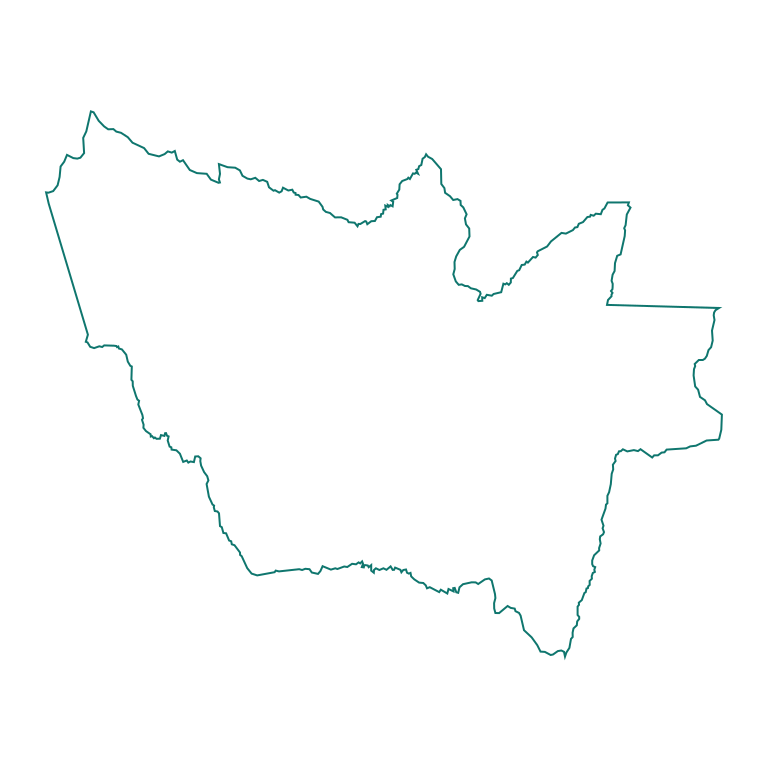 Chinchipe, Zamora Chinchipe, Ecuador
{"feature_id": "8360857B7366793693817", "entity_name": "Chinchipe", "entity_type": "district", "adm_level": 2, "iso_a3": "ECU", "parent_name": "Ecuador", "parent_adm1": "Zamora Chinchipe", "projection": "equal_earth", "projection_center": [-79.177, -4.854], "detail": "fine", "context": "isolated", "style": "outline", "palette": "teal", "viewbox_px": 768, "rotation_deg": 0, "n_neighbors": 0, "source": "geoboundaries", "source_scale": "gbopen_adm2", "svg_char_len": 6091}
<svg xmlns="http://www.w3.org/2000/svg" viewBox="0 0 768 768"><path d="M719.0,308.0L607.0,304.9L608.0,300.0L611.5,296.3L611.5,294.6L612.5,292.9L611.0,291.0L612.4,289.3L612.6,287.4L612.7,283.8L611.6,280.8L612.6,274.7L614.6,271.0L615.0,263.1L617.2,255.8L620.6,254.4L624.7,236.1L625.1,230.4L624.2,228.2L625.6,225.2L626.8,214.5L630.5,207.6L627.9,205.3L628.9,202.4L607.6,202.5L604.4,208.5L602.5,209.8L600.8,214.2L595.8,213.7L593.7,215.7L590.7,214.9L590.0,216.7L587.4,217.0L583.0,222.1L578.8,223.8L577.4,227.1L575.0,227.5L572.9,230.1L565.9,233.6L561.5,232.9L551.0,241.4L547.1,246.5L537.7,251.3L537.0,252.4L537.8,255.0L535.6,257.6L533.0,257.0L527.9,262.6L526.4,261.6L524.7,264.6L521.7,265.0L519.2,270.2L517.3,270.9L512.9,278.0L510.9,278.6L510.8,282.5L508.8,284.8L506.8,283.2L505.2,284.4L503.4,283.7L501.2,292.2L493.6,294.0L491.8,295.7L486.8,294.8L484.7,298.1L482.2,297.3L482.3,300.8L478.4,301.1L477.7,300.1L480.6,293.8L480.0,291.8L476.2,289.5L470.9,288.3L467.9,286.1L465.0,286.0L461.8,284.4L458.7,284.8L455.8,281.4L453.3,274.3L454.7,269.0L454.5,262.0L456.2,256.4L459.8,249.9L464.1,246.8L469.5,236.5L469.2,228.5L466.0,224.4L464.9,218.4L466.6,214.3L463.3,207.4L460.7,205.0L460.5,200.9L457.5,199.1L453.2,200.0L450.0,196.2L445.1,192.8L444.4,188.1L441.3,184.0L441.0,169.2L432.2,159.0L428.0,156.7L426.1,154.3L424.8,157.1L422.6,158.7L421.3,165.0L419.1,166.2L418.3,169.1L416.3,169.8L418.0,173.7L416.0,172.6L414.7,173.8L413.0,173.4L409.9,179.0L408.3,177.7L407.4,179.0L402.2,181.0L399.6,184.3L399.3,189.6L396.8,193.7L397.5,194.8L397.2,198.0L391.3,200.5L393.2,201.8L392.6,206.3L390.4,205.1L389.6,206.3L387.8,205.0L387.9,206.8L385.3,205.6L385.7,209.4L383.5,209.8L383.1,213.6L381.1,214.1L380.7,216.7L377.0,217.2L374.9,221.0L371.3,221.2L367.3,224.2L366.2,221.5L365.1,221.1L360.3,224.0L358.5,223.9L357.5,226.3L354.6,222.7L348.6,222.2L347.4,219.8L341.1,217.3L335.0,217.4L330.0,213.0L325.9,211.9L323.2,209.5L322.5,206.8L318.7,201.6L310.2,198.9L306.4,196.7L300.7,197.5L298.5,195.0L295.6,194.7L295.5,193.0L293.7,192.5L292.3,189.7L288.3,190.5L283.0,187.7L281.6,191.3L279.2,192.6L275.0,190.2L273.5,190.7L269.0,187.3L267.2,181.8L262.9,179.9L259.1,181.0L255.3,177.8L250.8,179.3L247.4,178.6L242.5,175.8L239.9,170.4L235.2,167.7L227.6,167.2L218.9,164.1L220.0,173.9L218.9,179.3L219.9,182.5L218.5,182.8L210.9,179.6L206.7,173.8L196.9,173.1L189.8,170.0L183.0,160.2L179.9,161.7L177.2,159.6L174.8,151.0L171.8,152.6L167.8,151.4L164.6,154.1L159.0,156.4L148.6,153.8L144.1,148.1L132.5,142.7L127.8,137.2L121.0,132.8L116.3,131.6L113.4,129.1L108.2,129.3L104.1,126.4L98.7,120.8L93.6,112.3L90.9,111.4L86.3,131.4L83.2,137.9L84.1,153.1L80.4,157.7L77.3,158.6L73.3,158.1L67.0,154.9L64.2,161.7L60.6,166.5L59.6,177.0L57.6,185.3L53.2,191.1L48.4,192.7L46.1,192.4L48.7,203.6L87.9,334.7L85.8,341.8L87.5,342.4L90.2,346.8L94.1,348.1L99.3,346.3L102.2,347.0L104.2,345.4L113.8,345.7L116.3,346.0L117.0,347.1L118.3,346.5L118.9,348.5L121.9,349.4L126.2,354.7L127.8,361.6L130.3,365.8L131.8,366.5L131.4,379.8L132.7,381.3L132.8,385.8L136.0,396.0L137.4,399.5L139.1,400.8L138.3,404.5L142.4,415.0L143.0,418.2L142.0,419.8L143.6,424.7L143.4,427.8L146.0,431.1L150.6,434.3L150.8,436.5L152.0,436.1L153.9,438.2L154.9,437.5L156.5,438.8L159.9,438.7L161.0,435.1L164.4,435.9L165.1,433.2L166.0,433.1L167.0,435.7L168.6,436.4L167.7,440.5L169.6,446.6L171.3,447.3L171.6,449.6L176.4,450.3L179.9,453.7L183.2,461.9L186.8,460.5L188.3,462.6L190.5,461.5L193.9,462.1L195.2,456.5L198.3,456.3L200.6,458.3L200.3,461.1L201.1,465.6L204.1,472.1L207.2,476.2L208.4,480.4L206.6,484.0L208.9,496.7L212.5,504.5L214.1,505.6L213.8,507.3L214.8,511.0L217.5,511.5L219.0,513.3L220.0,526.1L221.8,527.2L223.4,533.0L226.1,533.3L229.1,540.5L231.2,541.3L231.8,544.3L234.5,545.2L240.0,552.5L240.1,554.9L241.7,556.2L247.2,568.1L251.6,573.6L257.2,575.4L274.6,572.2L275.7,570.6L279.0,571.4L299.2,569.2L302.1,570.0L305.3,568.8L309.5,569.2L311.8,572.5L318.0,573.9L320.4,571.1L322.6,566.2L330.9,569.6L335.3,568.3L337.4,569.0L344.2,566.5L347.3,567.0L352.1,563.8L356.0,564.3L358.6,562.4L360.2,563.4L362.1,561.4L363.0,563.7L361.8,567.1L363.8,567.4L364.3,565.2L365.2,565.1L367.8,565.5L368.7,567.2L371.2,565.1L371.2,570.6L373.8,572.7L374.0,570.0L375.9,568.3L379.4,570.0L383.4,568.3L386.5,569.8L390.6,566.4L392.7,569.9L394.1,569.8L395.1,567.6L400.4,569.8L401.4,572.3L403.3,570.0L406.0,569.5L407.0,572.7L408.8,573.6L410.5,572.9L411.2,576.4L414.2,579.3L419.1,582.6L423.3,583.0L425.8,585.4L427.0,588.3L429.8,587.2L439.2,592.1L440.8,589.7L447.3,593.5L448.5,589.0L453.5,591.4L453.2,588.2L454.7,587.9L456.3,592.3L458.2,592.8L459.5,587.3L463.0,584.2L471.7,582.3L475.7,582.4L478.2,584.0L484.9,579.4L489.0,578.5L491.7,580.5L495.0,594.1L495.4,598.1L494.1,603.1L494.2,608.5L495.4,613.0L499.1,613.1L507.6,606.0L510.7,607.9L514.7,608.6L515.5,611.2L519.0,612.9L520.6,615.6L524.0,630.2L531.7,637.4L537.3,645.2L540.5,651.6L544.9,651.9L550.7,655.0L553.0,654.5L557.8,651.1L561.3,650.5L564.0,651.8L565.0,656.6L566.4,652.5L569.4,647.9L571.0,638.9L572.7,637.0L572.6,632.7L573.5,628.4L576.8,625.3L577.2,621.4L579.2,618.9L579.2,616.9L577.6,615.0L577.6,606.6L579.0,604.8L578.8,602.7L581.8,600.1L584.4,593.0L585.7,592.2L586.5,588.5L587.9,588.1L588.2,586.3L589.7,584.9L589.6,581.0L591.9,578.7L591.7,576.2L592.8,573.0L594.9,571.9L594.3,569.8L595.2,567.1L593.1,566.2L592.2,564.2L592.2,560.5L594.1,555.3L599.2,550.4L599.1,548.1L600.6,543.5L599.8,539.2L600.2,536.4L603.1,534.3L604.0,532.1L602.6,528.3L603.5,525.7L601.5,519.7L605.5,508.6L606.0,504.6L607.4,503.3L607.4,495.8L609.1,492.2L610.8,484.2L611.7,473.8L613.2,469.4L612.9,464.7L615.6,461.0L615.0,458.6L616.1,454.8L617.8,454.1L619.0,451.3L620.8,451.2L622.9,449.3L627.3,451.4L633.9,450.1L638.0,451.1L640.5,449.2L652.2,457.5L654.2,455.3L658.0,455.3L661.6,452.6L664.5,452.3L666.6,449.6L686.2,448.3L690.2,446.4L696.0,445.7L706.6,440.5L718.4,439.7L719.2,438.6L721.3,429.8L721.9,414.6L707.0,404.1L705.0,400.3L700.0,396.9L698.1,389.7L695.2,386.5L693.6,375.5L694.0,369.1L695.2,366.1L694.7,364.0L698.8,360.0L702.8,360.0L704.9,358.7L706.8,355.9L708.5,350.1L711.1,347.2L712.7,340.6L712.0,330.6L714.5,320.0L713.7,315.3L714.1,312.5L715.5,310.2L719.0,308.0Z" fill="none" stroke="#0f766e" stroke-width="2"/></svg>